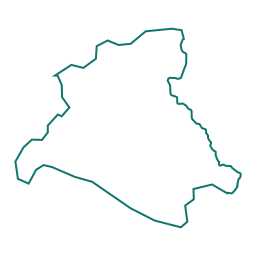 Lawrence, Kentucky, United States of America (Albers equal-area conic projection)
{"feature_id": "52423323B59215052326858", "entity_name": "Lawrence", "entity_type": "district", "adm_level": 2, "iso_a3": "USA", "parent_name": "United States of America", "parent_adm1": "Kentucky", "projection": "albers", "projection_center": [-82.636, 38.073], "detail": "fine", "context": "isolated", "style": "outline", "palette": "teal", "viewbox_px": 256, "rotation_deg": 0, "n_neighbors": 0, "source": "geoboundaries", "source_scale": "gbopen_adm2", "svg_char_len": 1667}
<svg xmlns="http://www.w3.org/2000/svg" viewBox="0 0 256 256"><path d="M15.4,161.5L17.9,178.8L28.6,183.6L36.1,169.8L43.6,165.1L51.9,167.0L74.6,176.8L92.2,181.8L130.6,208.3L154.7,220.6L180.8,227.3L187.3,221.8L185.2,205.5L193.8,199.3L193.5,189.0L212.1,184.5L227.2,193.3L227.5,192.9L228.1,192.8L231.1,193.4L232.2,193.1L233.8,191.5L236.2,188.5L237.5,186.3L237.6,185.9L237.2,185.5L238.5,179.2L240.3,177.3L240.6,175.5L240.6,173.9L240.1,173.2L239.4,172.8L237.6,172.2L231.8,167.6L231.1,166.3L230.2,166.0L226.2,165.9L223.2,164.6L222.2,164.8L220.8,165.6L219.7,165.5L219.1,164.8L218.9,164.2L219.1,162.8L219.0,161.7L218.2,161.1L217.0,158.8L215.7,155.4L215.7,151.9L215.2,151.3L213.8,150.7L212.0,148.9L210.5,146.3L210.3,145.1L211.0,143.6L211.0,142.3L209.4,140.6L208.4,138.7L208.0,137.6L208.0,135.5L207.0,134.1L206.1,133.1L206.1,130.3L205.4,129.2L202.0,128.1L199.5,124.1L196.2,123.4L192.2,119.0L191.6,117.2L191.7,115.2L191.5,110.6L190.7,109.7L189.0,109.2L188.3,108.7L186.5,106.1L185.7,105.3L184.7,104.8L183.1,103.6L179.2,103.9L177.9,103.6L177.5,103.2L177.2,102.3L177.2,97.8L176.8,97.1L175.2,96.4L171.9,95.4L171.0,94.8L170.7,94.2L170.3,92.0L170.2,87.5L170.0,85.2L167.7,80.7L168.4,78.6L170.0,77.8L175.5,78.1L177.9,78.9L180.3,78.2L181.1,77.6L184.0,69.3L186.0,64.4L186.2,62.5L186.3,54.1L185.6,53.3L183.4,52.2L182.1,50.9L181.5,49.3L180.7,45.3L180.8,44.5L182.8,39.4L183.6,38.8L183.8,38.8L181.6,30.2L171.9,28.7L145.7,31.3L130.7,43.8L118.7,45.0L107.6,40.5L96.7,46.2L95.9,58.7L83.4,67.9L71.4,64.9L54.9,75.6L57.7,75.7L61.7,85.0L62.1,97.2L69.4,107.5L61.7,116.3L57.9,114.5L47.8,125.5L47.8,132.4L42.0,139.9L31.9,139.6L23.5,147.4L15.4,161.5Z" fill="none" stroke="#0f766e" stroke-width="2"/></svg>